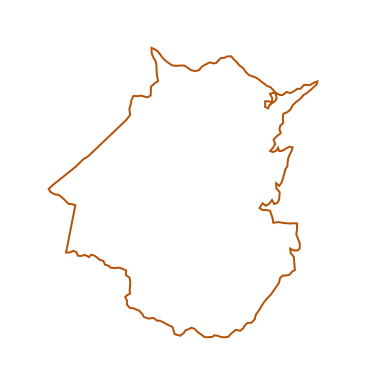 outline of Jacinto Machado, Santa Catarina, Brazil, rotated 171°
{"feature_id": "56859067B27526397401778", "entity_name": "Jacinto Machado", "entity_type": "district", "adm_level": 2, "iso_a3": "BRA", "parent_name": "Brazil", "parent_adm1": "Santa Catarina", "projection": "equal_earth", "projection_center": [-49.876, -29.0], "detail": "fine", "context": "isolated", "style": "outline", "palette": "amber", "viewbox_px": 384, "rotation_deg": 171, "n_neighbors": 0, "source": "geoboundaries", "source_scale": "gbopen_adm2", "svg_char_len": 3123}
<svg xmlns="http://www.w3.org/2000/svg" viewBox="0 0 384 384"><g transform="rotate(171 192 192)"><path d="M325.9,152.0L322.5,151.4L318.3,152.4L315.7,150.8L314.7,147.0L311.8,146.2L307.6,146.6L304.0,143.9L301.3,145.8L298.6,144.6L296.3,142.5L293.9,139.6L290.3,137.7L289.2,133.7L286.2,132.4L284.2,130.0L280.1,128.9L276.2,128.8L273.5,127.5L269.3,124.8L270.3,120.4L267.1,117.1L267.1,112.0L268.8,105.4L269.2,101.2L271.9,100.4L274.4,98.8L273.3,95.1L273.8,90.7L271.2,87.0L268.3,86.4L265.8,84.8L262.8,83.2L260.2,79.2L259.0,76.0L254.8,73.8L249.7,73.6L246.5,70.3L243.6,69.9L239.4,66.7L235.6,63.9L232.3,61.7L231.4,54.4L226.3,51.9L222.3,54.0L219.9,56.5L217.1,56.9L213.8,58.0L210.8,56.4L208.2,52.7L205.4,49.9L202.0,46.5L198.1,46.0L194.8,45.6L192.3,47.0L189.2,46.0L185.8,44.1L182.7,43.4L178.9,43.3L175.6,45.9L170.4,49.0L166.0,47.4L162.6,49.5L160.6,52.1L157.5,54.0L153.6,53.6L150.1,56.4L148.0,61.0L144.9,64.1L142.2,67.2L140.0,69.9L137.1,72.8L134.5,75.1L130.3,78.2L126.3,82.3L122.9,85.9L120.3,88.7L118.4,93.4L115.2,95.3L112.4,94.8L108.5,95.1L105.6,97.7L102.6,98.8L101.6,111.9L104.1,116.4L103.9,120.7L100.9,118.5L97.3,117.7L94.7,119.0L93.5,123.9L94.4,128.2L95.6,133.8L93.9,139.6L93.3,144.6L96.8,145.2L100.3,145.6L106.2,147.0L111.2,148.7L116.5,148.9L116.5,153.3L117.1,157.1L117.8,161.1L121.0,162.5L125.0,163.1L127.8,165.6L124.0,169.8L121.3,166.9L117.7,168.3L114.2,171.6L112.6,167.2L109.5,167.9L107.2,170.7L105.4,178.1L108.1,182.3L107.5,187.4L104.8,184.4L102.0,187.5L100.4,190.5L98.2,195.1L96.2,199.9L93.7,202.7L92.9,206.3L91.8,210.0L89.4,214.1L87.2,217.0L85.7,220.3L88.7,221.5L92.3,220.3L96.4,218.6L99.5,218.8L100.1,222.3L102.2,219.7L105.8,218.8L108.4,220.3L105.2,222.9L102.4,226.1L103.2,231.1L99.4,233.9L95.1,236.3L95.8,240.1L94.6,243.5L91.1,245.9L90.8,250.6L89.5,255.0L85.3,256.0L81.7,258.2L79.1,261.8L75.4,264.5L71.8,266.3L69.3,268.0L66.6,270.4L62.9,271.9L58.6,274.4L55.1,276.8L52.2,278.5L50.9,281.6L54.6,280.9L58.7,279.1L64.4,280.3L68.8,277.0L71.9,277.4L75.4,275.7L79.4,274.3L83.1,276.0L86.8,273.8L89.7,273.8L94.1,277.2L97.9,283.1L101.4,285.1L103.6,287.6L106.0,289.9L108.6,292.9L111.2,295.2L114.7,297.1L117.4,298.5L120.3,302.4L122.2,306.6L125.5,309.7L127.4,313.2L129.8,316.3L132.1,319.9L136.5,320.4L139.3,319.4L142.3,319.9L144.7,318.3L148.0,315.7L150.9,315.7L154.3,317.3L160.0,315.3L162.6,314.3L166.1,311.2L170.3,310.9L174.2,312.7L176.6,315.3L179.9,318.1L184.1,318.8L188.1,319.0L192.1,320.4L194.7,322.9L198.0,326.2L200.1,329.3L201.8,332.6L204.0,336.5L206.4,338.7L209.4,340.7L210.1,336.0L209.4,331.5L207.4,326.8L207.4,322.4L207.9,318.0L208.4,312.6L208.1,306.9L212.3,305.0L216.1,302.4L216.8,298.5L217.7,293.8L221.0,292.5L224.3,293.8L227.1,295.1L230.9,295.2L234.7,296.1L237.2,292.7L238.9,288.0L240.9,283.7L241.0,277.9L245.3,273.7L260.2,263.4L289.0,243.5L294.3,241.3L303.0,235.1L329.0,220.3L333.1,217.4L331.8,214.3L328.2,211.2L324.1,210.0L320.9,206.6L317.7,202.3L315.7,199.5L312.7,198.9L309.3,197.2L323.4,158.6L325.9,152.0ZM94.1,277.2L93.7,271.3L95.6,268.8L99.3,267.1L98.1,272.1L99.6,276.9L94.1,277.2ZM99.3,267.1L102.1,265.4L103.8,262.7L106.5,264.8L105.5,270.2L101.9,269.6L99.3,267.1Z" fill="none" stroke="#b45309" stroke-width="2"/></g></svg>